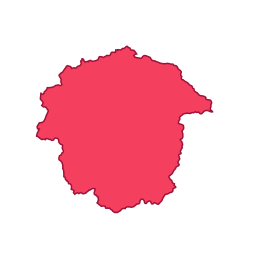 Bac Son, Lạng Sơn, Vietnam, rotated 246°
{"feature_id": "81297802B43959874007568", "entity_name": "Bac Son", "entity_type": "district", "adm_level": 2, "iso_a3": "VNM", "parent_name": "Vietnam", "parent_adm1": "Lạng Sơn", "projection": "robinson", "projection_center": [106.222, 21.815], "detail": "fine", "context": "isolated", "style": "filled", "palette": "rose", "viewbox_px": 256, "rotation_deg": 246, "n_neighbors": 0, "source": "geoboundaries", "source_scale": "gbopen_adm2", "svg_char_len": 5757}
<svg xmlns="http://www.w3.org/2000/svg" viewBox="0 0 256 256"><g transform="rotate(246 128 128)"><path d="M209.5,96.9L208.6,95.8L207.2,93.4L206.0,91.7L205.7,91.0L205.4,89.1L204.6,86.9L204.2,86.5L203.6,86.3L202.0,86.6L199.6,86.7L197.4,85.4L194.9,85.3L194.6,85.2L194.3,84.8L194.2,84.1L194.6,82.8L195.5,82.2L195.7,81.8L196.3,79.1L195.9,76.8L196.0,75.9L196.7,72.7L197.7,70.7L196.7,69.8L196.1,69.0L195.6,68.1L195.0,66.1L193.8,65.2L193.5,64.5L193.5,63.7L194.0,63.2L195.1,62.8L195.2,62.6L190.1,59.7L186.8,60.7L185.6,60.8L184.7,59.9L183.6,58.3L182.6,58.9L181.7,59.3L181.4,59.7L181.2,60.7L180.8,61.1L178.7,61.9L177.6,61.8L176.6,62.3L175.8,62.0L172.1,57.9L170.6,56.6L168.4,53.9L168.1,52.7L168.0,51.7L168.8,49.1L166.5,45.8L165.8,45.3L164.6,45.1L163.8,45.2L163.6,45.4L163.2,46.5L161.5,44.7L160.4,43.2L157.9,41.2L157.5,41.2L157.1,42.0L156.7,42.3L155.1,43.0L153.0,44.2L152.4,44.7L152.3,45.7L151.9,46.6L150.9,47.8L150.9,48.0L151.7,48.9L151.7,49.1L150.9,50.2L149.7,51.3L149.1,52.5L147.8,53.2L147.6,53.6L147.3,55.1L148.1,56.1L148.4,57.1L148.3,57.7L147.5,58.9L146.9,59.4L146.0,59.8L144.4,59.5L143.3,59.1L142.2,59.2L140.6,59.8L139.5,61.1L138.6,61.1L137.8,60.8L136.8,59.9L136.2,59.7L133.6,59.7L132.6,59.3L132.2,58.8L132.1,57.6L131.0,56.6L130.9,56.0L130.6,55.8L130.5,54.1L128.7,52.7L127.6,52.2L126.8,52.2L125.3,53.2L124.4,53.3L123.1,53.8L122.4,53.5L120.4,53.3L119.3,52.6L118.4,52.5L117.5,51.8L116.2,52.0L115.0,51.8L112.0,50.7L109.6,49.6L109.4,49.7L109.0,50.2L108.7,50.4L108.1,50.4L107.1,50.0L105.7,50.2L105.0,50.8L104.4,50.6L103.9,51.1L103.3,51.3L102.4,51.3L101.4,51.1L101.1,51.3L100.8,52.1L100.5,52.4L98.9,52.9L98.2,52.8L97.0,52.4L95.0,51.2L94.8,51.4L93.6,52.8L92.8,53.2L92.4,53.1L91.3,52.0L90.7,51.9L89.1,52.5L89.5,54.3L89.5,55.3L89.1,55.8L88.1,56.3L88.1,56.9L88.3,58.5L86.3,60.0L86.0,60.6L85.7,63.1L86.2,64.1L86.5,65.8L87.2,66.9L86.8,67.7L86.9,68.7L87.1,69.8L87.1,70.7L86.1,73.1L85.8,73.1L85.0,72.8L82.7,70.8L81.5,70.4L81.0,70.4L80.1,70.8L79.4,71.8L78.7,71.8L77.5,72.1L77.0,72.7L76.7,72.8L75.4,71.9L74.1,71.8L73.6,70.9L72.7,70.3L72.2,69.3L71.9,69.3L70.4,70.3L69.4,70.6L68.6,71.2L67.4,71.7L66.8,73.7L66.0,75.1L65.4,75.2L64.2,74.9L63.5,75.3L63.4,76.3L62.7,77.2L62.4,78.2L62.2,78.8L60.7,79.0L59.8,79.9L58.2,80.2L56.0,81.7L55.8,82.8L55.2,83.6L55.1,84.0L55.4,85.9L55.5,87.5L56.4,89.0L56.5,89.6L56.3,91.4L55.5,92.6L55.7,92.9L56.3,93.5L56.2,95.5L56.0,96.1L55.4,96.8L55.3,97.6L54.5,98.4L54.2,99.0L53.8,101.4L54.2,102.4L54.4,103.7L54.9,104.7L54.4,106.8L54.5,107.9L56.0,109.0L57.1,110.1L57.5,110.8L57.6,111.2L57.1,112.4L56.3,112.9L54.6,113.2L52.9,112.7L52.1,113.0L51.8,113.5L51.7,114.2L52.7,115.8L52.7,117.0L52.5,118.0L52.1,118.5L51.7,118.7L49.7,118.7L49.0,118.9L48.7,119.4L48.6,120.1L49.0,121.3L48.9,121.9L48.6,122.3L46.4,124.0L46.1,124.5L46.1,125.3L47.4,128.1L47.8,129.3L49.3,130.8L50.9,132.9L51.7,134.4L52.2,134.9L51.7,136.9L51.7,138.2L51.9,140.0L51.6,141.4L51.7,142.3L51.9,143.0L52.2,143.3L52.8,143.7L53.8,144.1L54.1,144.5L54.3,145.9L54.3,147.2L54.5,147.6L54.9,147.6L56.3,147.1L57.1,147.0L57.5,147.1L57.9,147.6L58.2,147.7L59.1,146.7L59.5,146.6L60.7,146.4L62.4,146.6L63.4,145.9L64.5,145.6L66.1,145.4L67.1,145.6L67.4,145.9L67.5,147.0L68.4,149.9L70.6,152.7L71.5,154.8L72.8,156.1L73.0,158.9L73.3,159.5L73.7,159.8L74.3,159.8L76.3,159.5L77.1,160.3L78.7,162.7L81.9,163.1L82.7,163.4L83.1,164.0L83.0,165.7L83.1,166.1L83.5,166.3L84.9,166.2L85.5,166.4L87.1,168.3L87.9,169.6L89.7,169.9L90.3,171.0L92.0,171.5L93.5,171.5L96.2,171.0L96.3,171.3L96.3,173.0L97.4,174.4L100.4,175.7L102.6,175.9L103.0,176.1L103.5,176.6L104.7,178.5L105.8,179.1L107.3,179.5L108.2,179.5L109.4,178.4L111.4,176.1L111.7,175.9L113.8,177.3L114.6,178.6L115.0,179.0L115.6,179.2L116.5,179.2L116.8,179.4L117.4,181.1L118.2,184.1L118.2,185.1L118.0,186.3L117.0,189.1L116.0,190.5L115.9,193.0L115.2,194.3L115.5,196.0L114.2,197.1L114.0,198.5L113.8,198.9L111.7,199.7L111.3,200.3L111.2,200.9L111.3,201.7L112.4,204.5L112.4,205.5L112.1,206.8L111.8,207.5L110.7,208.8L108.7,210.7L108.5,211.8L109.8,211.5L111.0,210.8L112.1,210.9L112.4,211.1L113.7,212.4L115.2,213.0L116.9,214.6L117.4,214.8L119.2,214.8L119.8,214.6L120.2,214.3L121.9,211.6L122.4,211.1L123.3,210.9L124.1,211.5L124.5,211.5L125.9,210.4L126.8,209.4L127.8,207.7L128.9,206.5L132.1,205.5L133.8,204.1L134.5,203.9L136.0,203.7L136.8,204.2L138.2,203.2L139.8,203.5L140.4,203.4L142.7,201.5L144.1,201.3L145.3,200.7L148.0,198.7L149.7,197.9L150.5,196.7L152.3,197.2L153.3,198.1L154.5,197.6L155.0,197.7L156.1,198.3L157.1,199.3L157.6,199.5L158.8,199.3L162.1,197.7L162.6,197.7L163.3,198.0L165.2,197.4L166.8,195.2L168.1,195.0L168.7,193.5L170.9,190.6L171.7,187.9L172.8,185.6L174.3,183.7L175.8,182.3L177.2,180.7L178.3,180.0L178.7,179.1L180.1,177.5L180.9,177.2L183.5,176.9L186.6,173.9L187.5,172.6L187.6,171.8L187.3,170.6L186.4,169.0L186.4,168.0L189.1,164.0L189.5,163.8L189.7,163.2L189.9,163.0L190.6,163.0L191.5,162.7L192.0,162.8L192.4,164.8L192.1,166.0L193.0,165.9L195.2,165.4L196.1,165.1L196.4,164.7L196.7,164.8L197.3,163.9L197.7,162.6L198.8,162.3L200.1,162.3L200.9,161.7L201.3,161.0L201.7,161.0L202.9,160.6L203.1,159.9L203.0,159.2L202.2,156.8L202.8,155.7L202.9,155.2L202.4,153.8L202.3,152.9L203.8,150.5L203.8,150.4L203.2,150.1L203.2,149.9L204.3,148.6L202.2,147.4L203.5,144.7L203.8,143.8L203.6,143.3L202.0,141.5L201.8,140.9L201.8,140.5L202.1,139.6L202.9,138.3L202.4,134.4L203.3,133.5L204.5,131.8L204.7,130.7L203.9,129.7L202.6,128.4L202.6,126.0L203.1,123.3L203.4,122.7L203.9,122.0L204.8,121.6L205.1,121.0L205.3,119.6L205.2,119.4L204.6,118.9L205.4,118.0L205.9,115.4L206.5,115.1L207.0,115.1L208.5,115.3L209.6,114.8L209.9,114.2L209.6,113.8L208.6,113.4L208.5,112.2L208.3,112.0L205.7,111.4L205.2,111.0L204.7,109.8L204.6,109.0L204.8,107.0L203.9,104.9L204.9,103.2L205.1,102.6L205.3,100.8L206.3,100.8L207.5,100.4L207.9,100.0L209.5,98.1L209.5,96.9Z" fill="#f43f5e" stroke="#9f1239" stroke-width="1.5"/></g></svg>